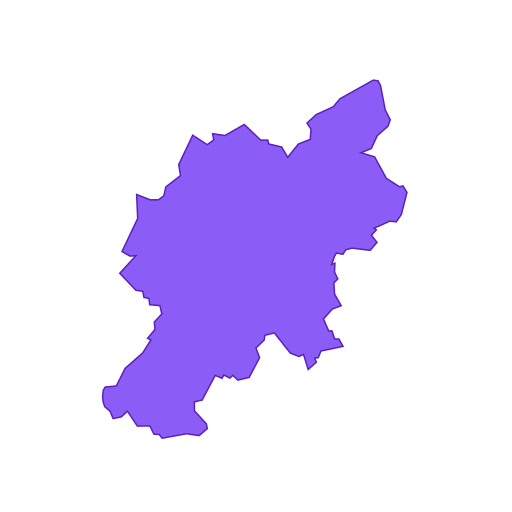 Strumitsa, Strumitsa, North Macedonia (Natural Earth projection), rotated 104°
{"feature_id": "65306769B9612885815739", "entity_name": "Strumitsa", "entity_type": "district", "adm_level": 2, "iso_a3": "MKD", "parent_name": "North Macedonia", "parent_adm1": "Strumitsa", "projection": "natural_earth1", "projection_center": [22.651, 41.408], "detail": "fine", "context": "isolated", "style": "filled", "palette": "violet", "viewbox_px": 512, "rotation_deg": 104, "n_neighbors": 0, "source": "geoboundaries", "source_scale": "gbopen_adm2", "svg_char_len": 1699}
<svg xmlns="http://www.w3.org/2000/svg" viewBox="0 0 512 512"><g transform="rotate(104 256 256)"><path d="M322.6,149.7L316.5,155.5L317.5,159.5L310.2,164.3L311.2,167.3L300.8,175.3L289.0,169.1L283.6,161.3L274.0,170.5L263.3,173.9L258.4,171.1L252.6,175.9L243.9,177.7L245.9,180.5L237.2,179.7L233.7,178.7L233.3,172.1L228.3,170.4L225.1,164.6L222.9,146.6L213.5,141.9L207.9,149.1L201.5,145.5L200.4,148.1L189.8,134.6L188.9,128.1L180.4,125.0L157.8,124.9L152.4,130.3L154.1,133.6L149.1,148.3L131.1,164.9L130.4,179.1L123.8,170.1L109.8,167.4L98.1,159.3L91.3,158.7L83.1,165.9L60.5,176.4L56.5,179.9L57.0,184.8L83.1,212.6L92.5,217.1L104.2,231.8L114.7,238.7L119.7,233.3L129.7,231.6L137.1,242.0L152.5,249.1L144.0,257.5L144.2,270.8L140.7,272.6L142.4,279.5L131.2,299.2L146.6,315.3L147.8,327.7L153.6,325.1L159.8,330.3L154.1,346.6L186.0,353.1L196.2,348.7L210.8,360.2L219.9,360.0L225.1,364.3L227.1,372.3L225.2,386.7L248.2,379.9L284.1,387.1L286.6,378.3L284.8,372.7L305.7,384.0L318.3,364.3L317.7,357.3L323.3,354.7L323.1,349.6L329.0,347.4L327.4,337.2L335.0,333.4L344.7,338.7L351.7,336.3L362.1,341.3L362.9,337.7L377.4,342.5L396.7,355.8L415.9,360.1L419.6,370.6L423.2,371.7L430.2,370.7L435.2,368.7L438.7,366.3L439.2,365.5L441.9,360.1L448.3,355.3L444.7,347.8L437.7,343.2L449.7,330.0L446.6,317.9L453.6,311.9L452.6,306.7L455.5,303.0L445.3,280.5L444.0,267.7L435.3,261.5L430.9,263.5L421.2,278.2L412.4,280.5L408.8,273.4L381.7,266.7L382.9,259.4L379.3,258.4L380.8,251.8L377.4,249.6L380.8,243.6L375.5,233.3L353.8,227.9L345.3,233.8L335.6,227.7L330.8,228.2L326.2,219.6L341.9,199.2L343.1,190.1L340.1,186.0L353.5,177.9L344.5,171.8L340.7,174.2L339.6,171.0L332.5,170.0L322.6,149.7Z" fill="#8b5cf6" stroke="#5b21b6" stroke-width="1.5"/></g></svg>